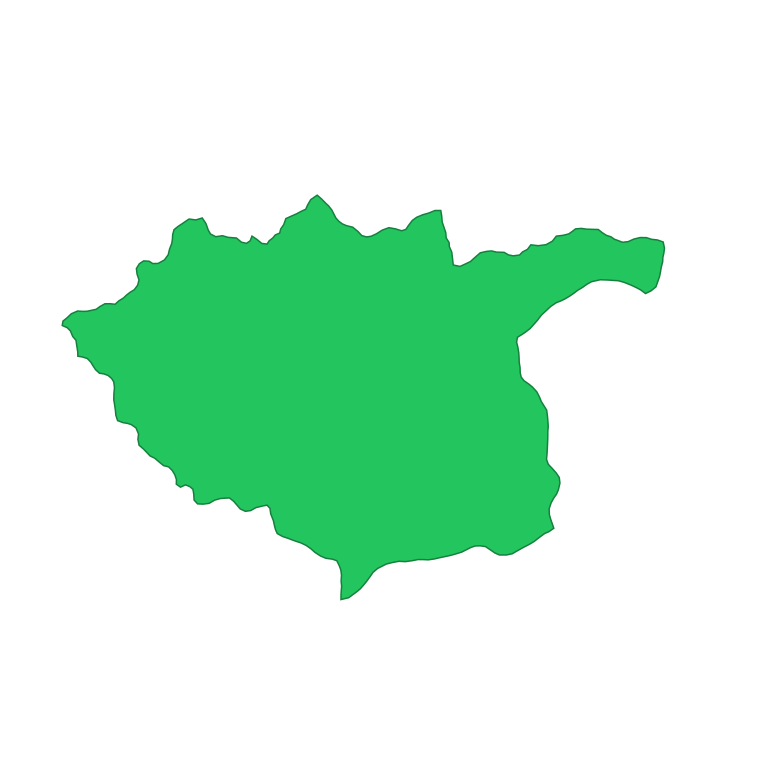 Estrela do Sul, Minas Gerais, Brazil, rotated 258°
{"feature_id": "56859067B22487341809350", "entity_name": "Estrela do Sul", "entity_type": "district", "adm_level": 2, "iso_a3": "BRA", "parent_name": "Brazil", "parent_adm1": "Minas Gerais", "projection": "robinson", "projection_center": [-47.718, -18.736], "detail": "fine", "context": "isolated", "style": "filled", "palette": "green", "viewbox_px": 768, "rotation_deg": 258, "n_neighbors": 0, "source": "geoboundaries", "source_scale": "gbopen_adm2", "svg_char_len": 4393}
<svg xmlns="http://www.w3.org/2000/svg" viewBox="0 0 768 768"><g transform="rotate(258 384 384)"><path d="M207.6,520.1L212.6,519.5L216.4,519.0L221.8,518.6L227.6,519.6L232.9,522.7L237.1,526.3L240.3,529.8L244.3,532.6L250.5,535.5L256.1,536.0L261.3,533.9L266.4,531.0L271.3,528.0L276.6,527.3L281.6,528.9L286.4,530.2L292.1,531.7L298.1,533.2L303.6,534.4L308.2,535.8L313.0,536.5L316.8,537.0L320.9,537.4L324.6,537.7L329.3,536.0L334.2,534.2L338.4,533.5L344.4,531.9L350.1,528.6L354.1,525.4L358.0,521.7L362.3,519.6L366.8,519.6L371.8,520.5L377.4,520.8L381.0,521.5L386.4,522.3L392.4,522.6L397.4,522.4L402.0,524.3L403.6,528.9L405.2,532.9L407.9,538.5L411.2,543.0L414.6,547.6L418.6,552.2L422.2,558.2L425.2,563.2L427.7,569.4L428.5,574.3L429.6,578.7L431.4,584.0L433.5,589.0L435.4,593.0L437.2,598.3L439.3,603.1L440.9,608.2L441.0,617.2L439.1,624.8L437.4,630.6L436.3,634.7L433.5,640.0L429.5,646.0L425.8,650.9L422.5,654.8L418.1,658.6L419.6,664.6L422.5,670.2L426.6,672.7L431.7,675.8L435.8,677.6L440.6,679.5L445.6,682.0L449.9,683.1L453.7,684.9L458.5,686.6L464.9,686.6L468.1,681.3L469.9,675.8L472.6,671.1L474.0,665.1L473.8,658.4L472.5,652.5L473.0,646.9L475.5,643.0L477.7,639.5L480.8,636.6L483.2,632.4L486.7,628.9L490.6,625.7L491.8,620.6L493.4,614.2L495.2,609.3L495.9,603.6L494.1,599.9L492.4,595.9L492.2,590.3L492.8,583.3L488.7,578.4L486.6,571.5L487.2,563.7L489.6,556.6L485.8,552.2L484.4,547.0L482.0,543.4L482.5,537.0L484.4,532.6L487.8,528.9L489.6,521.5L491.8,516.9L492.4,511.8L492.3,505.4L488.5,498.6L485.8,494.0L484.6,489.0L483.2,482.8L486.0,476.5L492.3,477.1L498.8,477.7L504.8,476.5L508.8,477.1L514.0,475.2L519.3,475.9L525.2,475.2L530.3,474.6L536.5,475.4L541.9,475.6L543.1,469.9L541.9,463.2L541.5,457.1L540.3,450.7L538.1,445.7L533.7,440.6L530.7,437.6L530.2,433.2L533.4,427.4L535.9,421.3L534.9,414.3L532.5,407.8L531.2,402.1L531.5,397.5L533.8,393.1L538.5,390.3L543.9,386.0L546.7,380.2L549.3,376.5L552.5,373.7L556.5,371.4L560.3,370.4L565.1,369.1L569.8,366.8L573.0,364.5L577.8,361.5L582.6,357.9L579.6,350.7L575.0,346.5L571.2,343.8L570.2,339.2L568.7,334.1L567.6,328.8L566.2,322.4L560.8,319.1L557.1,315.2L553.3,313.3L552.4,308.7L549.9,305.5L548.0,301.5L545.2,298.7L546.9,293.7L551.7,289.9L556.1,285.6L551.9,282.9L550.2,278.7L552.4,274.0L557.5,270.0L559.9,261.9L562.6,256.9L563.1,250.0L566.8,245.5L571.0,244.1L578.0,243.2L584.2,240.7L583.6,234.1L585.9,227.6L584.2,223.4L582.6,219.5L581.0,215.4L578.6,210.7L574.2,208.4L569.8,207.2L565.6,205.6L560.4,202.2L555.3,199.8L551.0,195.0L548.9,188.1L549.9,182.8L552.9,179.8L554.4,174.5L552.5,169.7L548.4,165.8L542.8,165.3L536.7,166.0L531.8,163.5L528.1,159.3L526.5,154.7L524.6,150.8L522.3,147.1L520.5,142.0L517.9,137.6L519.5,132.7L520.5,127.7L518.9,122.4L516.9,118.0L516.9,113.2L516.9,108.6L517.7,104.3L519.1,99.4L517.7,92.7L514.5,87.5L512.3,83.1L508.1,81.4L505.0,85.8L501.1,88.3L495.2,89.4L490.8,91.8L486.4,91.5L478.9,91.1L474.8,90.3L473.2,94.5L470.6,99.1L466.4,101.7L462.7,103.0L457.9,104.9L453.7,107.9L452.1,112.1L449.7,115.9L446.1,118.7L442.3,120.1L436.5,119.6L430.7,117.8L424.7,116.4L420.3,116.2L414.2,115.8L409.2,115.2L403.6,115.8L400.4,120.8L398.8,124.9L396.8,128.4L392.6,132.3L386.1,133.5L381.1,131.8L375.0,131.7L370.3,135.3L366.1,137.9L362.3,140.2L359.1,144.3L354.5,147.8L350.0,151.4L347.7,156.1L343.4,158.9L338.8,160.5L333.6,161.1L329.2,160.0L325.4,163.5L326.6,168.9L324.0,172.7L320.8,175.2L315.8,175.0L310.0,174.1L305.5,176.7L304.1,182.1L303.6,188.1L305.6,194.2L306.0,199.9L305.4,204.5L304.7,209.1L300.5,212.6L296.3,214.9L291.7,217.4L288.3,221.9L287.9,227.2L289.7,233.1L289.9,239.7L289.8,244.4L286.1,246.6L280.5,246.2L273.3,247.4L267.9,247.4L264.1,247.6L259.9,248.5L255.9,253.1L252.8,258.4L250.6,261.7L248.4,265.3L245.9,269.6L242.3,274.3L238.2,278.1L233.6,281.5L229.0,286.1L225.6,290.9L223.4,297.1L220.9,301.1L215.8,302.4L211.2,303.1L205.8,302.7L200.3,301.1L194.9,300.5L191.0,299.3L187.4,298.3L182.1,297.1L182.3,305.0L184.6,310.1L186.7,314.7L188.7,318.4L191.7,322.4L194.6,326.0L198.9,330.8L202.0,334.1L204.9,339.4L206.2,344.4L207.4,348.8L207.6,354.5L207.5,361.7L205.8,367.9L205.3,374.9L205.2,380.9L204.0,386.2L202.8,390.8L202.4,397.0L202.5,401.8L202.5,407.2L202.5,413.2L202.9,419.4L203.4,425.0L204.8,430.3L206.0,434.8L206.6,439.4L205.7,444.5L203.8,449.6L199.8,453.4L195.6,457.4L192.8,461.3L191.3,468.0L191.3,474.2L192.7,478.4L195.0,485.8L196.9,492.7L198.7,498.0L201.9,504.6L204.4,510.2L205.2,514.5L207.6,520.1Z" fill="#22c55e" stroke="#15803d" stroke-width="1.5"/></g></svg>